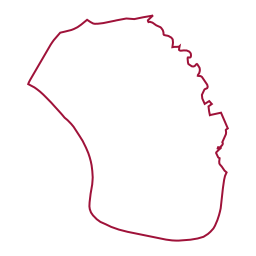 outline of Le Chan, Hải Phòng, Vietnam
{"feature_id": "81297802B93912769577432", "entity_name": "Le Chan", "entity_type": "district", "adm_level": 2, "iso_a3": "VNM", "parent_name": "Vietnam", "parent_adm1": "Hải Phòng", "projection": "albers", "projection_center": [106.683, 20.836], "detail": "fine", "context": "isolated", "style": "outline", "palette": "rose", "viewbox_px": 256, "rotation_deg": 0, "n_neighbors": 0, "source": "geoboundaries", "source_scale": "gbopen_adm2", "svg_char_len": 2467}
<svg xmlns="http://www.w3.org/2000/svg" viewBox="0 0 256 256"><path d="M28.2,84.1L34.4,87.4L36.1,88.6L37.2,89.4L40.0,91.6L43.2,94.5L46.6,97.9L51.2,102.6L54.7,106.5L60.7,113.1L62.1,114.7L64.6,117.7L67.5,120.1L71.2,123.9L73.6,126.8L79.7,136.2L82.7,141.0L86.0,147.7L88.3,153.1L89.7,157.3L90.8,161.4L91.6,165.3L92.3,171.0L92.7,177.2L92.7,177.5L92.5,180.8L92.2,184.5L90.6,193.8L89.6,202.2L89.4,206.3L89.8,209.2L91.0,212.5L93.0,215.4L96.7,219.2L100.4,221.9L105.8,224.3L111.2,226.9L118.9,229.6L127.5,231.8L166.0,239.6L172.1,240.4L176.2,240.6L178.7,240.6L190.5,239.7L197.6,238.5L203.5,236.8L207.9,234.0L210.4,231.8L213.4,228.5L215.0,225.7L217.4,220.1L219.0,215.2L220.0,211.4L220.7,208.2L222.9,188.3L224.1,179.9L225.0,176.0L226.6,172.4L224.5,170.6L221.7,166.5L220.0,164.6L219.4,163.6L219.3,163.1L219.3,162.6L219.2,161.6L219.6,158.2L218.6,157.7L218.2,157.4L216.1,153.0L216.3,152.3L218.4,150.2L219.2,149.4L219.7,149.0L217.7,148.4L218.1,147.2L220.8,147.4L220.9,146.4L221.9,145.5L222.6,144.4L222.8,143.6L222.7,142.8L222.3,142.2L224.2,138.0L225.9,134.2L226.1,132.3L225.8,130.0L226.3,129.4L227.8,128.4L226.4,125.2L225.2,122.4L221.0,112.7L211.3,114.8L209.9,115.2L209.1,111.3L208.5,106.4L211.8,104.0L211.3,103.5L211.0,103.1L209.6,101.5L209.2,101.1L204.7,103.9L202.3,98.5L201.9,94.9L204.3,89.8L204.6,89.4L205.2,89.0L206.5,88.5L207.2,88.1L207.5,87.4L207.7,86.8L207.5,85.9L207.2,84.7L203.0,78.5L201.9,76.9L200.6,76.1L199.0,76.0L197.8,75.8L197.9,75.0L199.2,73.1L199.8,70.9L199.8,69.2L199.5,67.7L198.6,66.3L197.9,65.2L197.4,64.4L196.9,64.0L196.0,64.5L195.1,65.7L194.1,66.3L193.2,66.5L191.8,66.3L190.0,65.1L189.5,64.8L189.1,64.5L188.4,64.0L188.0,62.7L187.6,58.6L187.8,57.5L188.3,57.4L189.4,57.5L190.0,57.5L190.8,56.8L191.0,55.4L190.8,53.7L190.2,52.6L188.9,51.4L188.1,51.1L186.7,50.5L183.7,50.4L181.1,50.7L180.3,50.7L179.2,50.1L179.0,49.3L179.6,46.1L178.9,46.7L178.4,46.8L174.5,46.9L172.4,47.2L172.5,46.5L173.0,42.7L172.7,39.4L171.3,37.6L169.7,36.7L168.5,36.0L167.4,35.7L165.7,35.4L164.1,35.0L163.6,34.4L163.4,32.1L162.8,30.2L161.7,28.6L161.0,27.7L160.4,27.2L156.2,25.3L153.3,23.2L152.4,22.6L150.5,22.0L150.0,21.8L148.5,22.1L147.9,20.9L147.9,20.3L153.0,15.4L151.6,15.8L143.0,17.3L139.1,18.1L134.3,19.1L126.3,18.5L116.2,20.4L115.0,20.7L103.2,23.1L98.1,23.7L94.8,23.8L93.2,23.5L90.4,22.0L87.1,19.8L85.0,21.5L81.2,24.6L77.5,27.2L73.9,29.0L72.6,29.5L71.3,30.0L64.9,31.6L60.2,32.7L53.8,40.1L52.3,42.2L50.7,44.6L30.2,79.8L28.9,82.3L28.2,84.1Z" fill="none" stroke="#9f1239" stroke-width="2"/></svg>